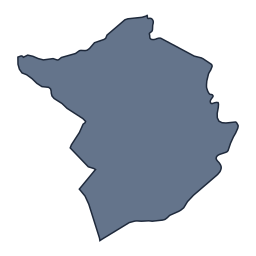 SVG path tracing the border of Tlemcen
{"feature_id": "DZA-2147", "entity_name": "Tlemcen", "entity_type": "Province", "adm_level": 1, "iso_a3": "DZA", "parent_name": "Algeria", "parent_adm1": "", "projection": "orthographic", "projection_center": [-1.349, 34.706], "detail": "fine", "context": "isolated", "style": "filled", "palette": "slate", "viewbox_px": 256, "rotation_deg": 0, "n_neighbors": 0, "source": "natural_earth", "source_scale": "10m", "svg_char_len": 2105}
<svg xmlns="http://www.w3.org/2000/svg" viewBox="0 0 256 256"><path d="M99.9,240.6L99.5,238.1L88.8,204.2L85.0,196.0L79.3,189.1L95.5,169.5L93.8,168.5L88.3,166.8L70.2,147.9L71.4,144.8L79.4,132.5L83.1,124.2L85.1,122.7L85.6,121.4L82.9,118.6L67.1,108.4L62.0,103.5L54.1,98.5L52.0,96.0L51.3,93.4L51.1,90.9L50.5,88.8L48.6,87.3L41.9,86.6L36.8,83.3L32.2,78.8L26.6,74.7L22.0,72.9L19.4,69.2L18.0,64.3L17.9,57.1L21.2,55.9L21.8,56.1L22.4,56.2L22.8,56.5L23.3,57.3L27.7,55.1L32.9,56.3L38.3,58.6L43.4,59.9L53.1,58.6L56.6,59.8L57.8,60.0L58.8,59.6L61.4,57.5L75.5,53.5L79.4,50.7L80.7,50.4L85.2,50.6L87.2,50.2L89.5,48.5L94.5,42.7L104.1,39.4L105.7,38.3L107.0,35.1L124.9,19.8L127.8,18.8L142.0,17.3L146.0,16.1L146.8,15.6L147.1,15.4L147.3,15.7L147.4,17.4L147.6,18.1L148.2,18.5L149.3,18.3L150.3,18.3L151.4,18.6L152.3,19.4L153.1,20.8L153.3,22.0L153.2,23.1L152.7,25.3L152.5,29.5L152.3,30.4L152.1,30.9L151.6,31.5L149.6,33.1L149.3,33.8L149.7,35.5L149.8,37.4L150.1,38.4L150.7,39.0L151.8,39.5L153.6,39.6L154.8,39.4L155.9,39.1L156.7,38.7L158.5,38.2L159.6,38.1L160.7,38.2L194.2,56.1L201.4,57.9L202.5,58.5L203.0,58.7L211.5,64.4L212.0,65.3L212.1,66.5L210.7,70.0L209.1,72.6L208.5,73.9L206.8,80.9L206.5,84.6L206.5,87.0L206.7,88.1L207.7,91.1L208.7,93.0L209.6,94.1L210.3,94.4L210.8,94.4L211.4,94.5L212.3,94.8L213.0,95.7L213.0,96.6L210.8,99.7L210.2,101.2L210.5,102.8L211.3,103.5L212.5,103.5L214.5,102.8L216.5,102.4L218.1,102.6L218.5,104.1L218.3,107.3L217.2,113.4L217.3,117.8L218.9,121.1L222.0,122.7L225.9,123.0L235.5,122.0L236.3,122.4L236.8,123.1L238.1,125.4L238.1,126.7L237.7,128.4L235.6,133.1L233.4,136.9L230.5,143.3L228.1,150.5L227.5,151.3L227.1,151.7L225.9,152.3L219.3,154.5L217.5,155.6L216.4,157.0L216.1,158.7L216.7,159.9L217.4,160.9L219.0,162.6L219.6,163.4L220.5,164.9L220.8,165.6L221.1,166.6L221.2,167.4L221.1,168.7L220.6,170.2L220.0,171.6L217.6,174.5L193.4,195.3L187.5,201.6L183.7,207.8L181.0,210.0L179.2,211.1L170.0,215.2L169.3,215.7L167.4,217.6L165.2,219.3L164.1,219.7L162.5,220.1L152.2,221.2L148.8,220.8L141.4,221.2L136.8,220.9L134.7,221.1L129.2,222.6L102.0,239.2L99.9,240.6Z" fill="#64748b" stroke="#1e293b" stroke-width="1.5"/></svg>